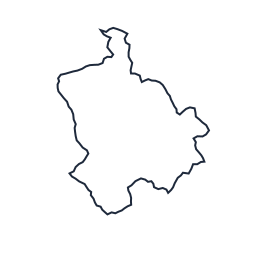 the district of Bicas, Minas Gerais, Brazil, rotated 292°
{"feature_id": "56859067B9449186447624", "entity_name": "Bicas", "entity_type": "district", "adm_level": 2, "iso_a3": "BRA", "parent_name": "Brazil", "parent_adm1": "Minas Gerais", "projection": "orthographic", "projection_center": [-43.101, -21.732], "detail": "fine", "context": "isolated", "style": "outline", "palette": "slate", "viewbox_px": 256, "rotation_deg": 292, "n_neighbors": 0, "source": "geoboundaries", "source_scale": "gbopen_adm2", "svg_char_len": 1947}
<svg xmlns="http://www.w3.org/2000/svg" viewBox="0 0 256 256"><g transform="rotate(292 128 128)"><path d="M208.5,66.1L205.7,70.4L205.1,74.0L205.2,78.1L200.5,77.5L195.1,78.6L192.8,82.6L190.6,86.7L187.5,86.0L186.3,82.2L183.2,79.8L178.7,80.1L175.6,76.8L174.0,73.2L172.0,69.1L169.3,65.9L165.7,63.3L162.3,59.6L159.9,56.0L157.4,52.8L155.0,49.8L152.2,45.7L147.9,44.6L145.5,46.6L142.0,46.4L138.8,47.8L135.9,49.8L133.7,53.7L131.7,57.2L129.5,61.7L125.6,65.0L123.8,68.6L120.3,72.0L115.5,74.5L112.0,78.1L108.1,78.5L104.4,80.5L100.8,82.6L97.3,85.1L95.7,88.5L92.9,93.3L91.9,98.3L89.4,100.8L86.1,100.2L82.7,99.7L79.4,98.8L76.2,96.0L72.2,94.1L67.5,93.9L64.0,90.8L62.0,94.2L61.4,98.3L60.2,102.7L59.8,108.8L57.7,111.7L55.7,114.6L54.9,117.8L51.8,118.7L49.6,122.5L46.6,125.2L44.4,128.0L44.8,132.1L42.6,134.7L41.4,137.9L40.2,141.3L43.6,144.4L44.2,148.2L46.8,150.5L49.2,153.1L52.2,154.8L55.3,157.0L58.0,159.7L61.1,158.2L64.3,157.1L67.5,154.8L70.1,151.8L72.8,150.2L76.2,152.7L81.5,154.8L86.1,158.9L86.6,163.3L85.6,166.7L87.4,169.6L85.8,172.4L82.9,174.3L82.7,179.0L85.4,182.7L85.3,186.7L82.9,189.5L86.7,191.2L89.9,192.0L94.3,192.0L100.5,192.8L103.8,194.8L107.1,195.7L108.5,201.3L113.9,202.0L118.8,201.9L120.4,205.8L123.8,208.3L125.4,211.4L128.1,208.9L130.1,206.3L131.9,203.0L133.9,199.1L137.0,196.8L140.3,196.2L142.9,192.7L146.3,195.4L148.1,200.3L151.3,202.8L156.1,204.0L159.9,199.5L161.1,194.8L162.7,190.9L164.0,186.6L167.2,185.0L171.2,182.4L170.3,177.7L167.5,174.7L163.4,172.6L159.9,171.0L160.6,167.4L163.6,165.9L165.5,162.8L168.0,160.1L170.6,157.1L173.4,154.8L175.0,151.6L178.1,148.0L180.9,144.1L182.2,140.3L182.1,135.8L180.9,132.2L180.9,128.5L178.6,126.1L175.8,123.6L178.1,121.4L181.0,119.3L181.1,114.1L179.7,110.4L182.5,108.8L186.5,108.1L190.0,107.5L192.0,104.7L194.3,101.9L198.4,100.2L202.5,99.4L205.8,98.2L206.3,94.1L209.6,91.4L215.2,92.1L215.8,86.2L215.7,81.1L215.3,76.8L212.6,73.8L208.9,71.8L208.5,66.1Z" fill="none" stroke="#1e293b" stroke-width="2"/></g></svg>